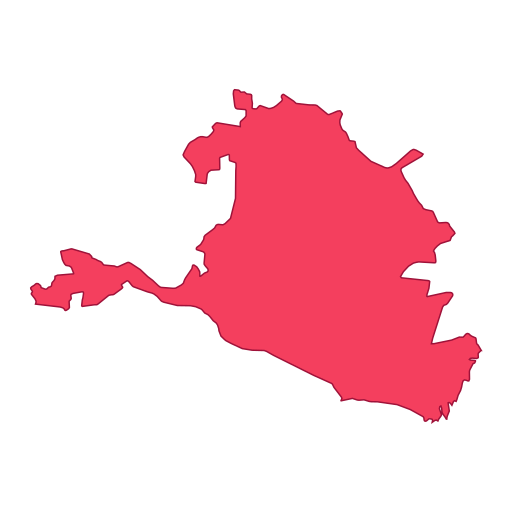 map outline of Kalmyk (Robinson projection)
{"feature_id": "RUS-2390", "entity_name": "Kalmyk", "entity_type": "Republic", "adm_level": 1, "iso_a3": "RUS", "parent_name": "Russia", "parent_adm1": "", "projection": "robinson", "projection_center": [44.737, 46.505], "detail": "fine", "context": "isolated", "style": "filled", "palette": "rose", "viewbox_px": 512, "rotation_deg": 0, "n_neighbors": 0, "source": "natural_earth", "source_scale": "10m", "svg_char_len": 6031}
<svg xmlns="http://www.w3.org/2000/svg" viewBox="0 0 512 512"><path d="M478.0,344.9L481.3,350.5L481.0,350.5L478.5,353.0L478.1,353.9L478.3,357.0L478.2,357.7L476.7,358.5L472.3,358.1L470.3,358.4L469.4,359.5L470.5,360.1L474.3,360.4L475.4,360.7L475.4,361.5L474.6,363.0L473.0,363.7L469.7,370.1L469.4,371.7L469.5,379.3L468.8,380.9L467.8,380.9L466.3,380.3L464.5,379.9L463.2,380.7L462.4,382.8L461.6,387.0L460.6,390.4L458.1,395.3L456.9,399.4L456.1,401.4L454.5,400.7L453.4,401.7L451.9,405.3L450.4,403.3L449.2,402.5L448.2,402.7L448.2,403.6L449.3,411.0L447.3,416.0L446.9,417.7L446.8,419.1L446.3,419.1L445.3,417.4L442.6,413.6L442.0,412.1L441.6,407.9L440.9,406.0L439.8,406.6L439.4,408.7L441.5,414.8L441.0,416.0L438.6,419.3L437.9,421.0L436.4,420.1L434.9,420.4L432.2,422.3L432.6,420.5L432.3,419.5L431.9,419.2L430.0,418.8L429.3,418.8L428.7,419.0L426.5,420.9L425.4,421.2L424.9,421.1L424.4,420.7L424.1,419.9L423.9,418.0L423.2,416.7L410.2,409.5L397.1,404.6L377.5,401.8L371.2,401.7L369.1,401.4L364.0,399.8L359.0,400.2L357.3,400.0L352.4,398.4L341.1,400.8L341.0,400.7L341.9,398.5L341.5,397.2L334.0,387.4L332.6,384.5L331.8,383.5L313.8,375.4L273.5,355.3L266.6,351.4L264.2,350.5L252.2,350.2L242.3,348.6L231.3,343.5L226.0,340.7L224.5,339.5L221.0,336.1L219.0,330.9L218.7,328.5L217.6,325.1L216.3,323.1L213.2,320.7L209.6,316.2L207.9,314.6L204.7,313.0L202.2,309.9L200.9,308.9L195.7,306.7L190.5,305.7L177.3,305.5L163.8,302.2L161.9,301.4L161.1,300.8L157.2,296.4L154.0,294.0L152.1,293.1L147.3,291.8L133.3,286.7L132.1,285.7L128.9,281.7L127.6,280.8L126.8,280.9L121.5,284.5L121.6,285.4L122.7,287.2L122.4,287.9L121.4,288.9L114.0,294.3L113.0,294.7L111.2,294.8L108.8,295.3L98.2,303.9L96.9,304.7L94.1,304.8L82.3,306.4L81.8,306.0L81.7,305.5L82.3,300.0L82.9,297.8L83.5,293.6L83.4,292.3L83.0,291.9L81.9,291.8L73.1,293.4L71.1,294.3L70.8,295.3L71.2,298.4L70.8,299.5L69.3,301.0L69.1,301.6L69.4,307.5L68.8,308.5L68.0,309.2L66.3,310.3L65.4,310.5L64.7,310.0L64.3,309.0L62.8,307.8L60.2,307.0L35.5,304.1L36.1,302.0L35.9,300.7L34.9,298.7L31.5,294.4L31.3,293.7L31.5,293.1L32.2,292.3L32.4,291.3L30.8,288.9L30.7,287.9L31.7,286.8L34.3,285.2L35.7,283.9L36.8,283.5L38.2,283.7L40.2,285.3L40.8,286.1L41.1,287.6L45.4,289.2L46.7,289.0L48.6,287.2L50.0,286.9L51.2,286.2L51.6,285.3L51.9,283.2L52.2,282.5L54.1,280.4L54.9,278.8L55.0,276.3L57.5,275.2L73.2,273.9L73.6,273.7L73.6,273.1L71.6,268.0L71.1,267.2L69.4,266.0L66.0,265.4L64.7,264.1L63.7,262.4L62.4,259.6L60.8,252.2L60.8,251.5L62.0,250.9L63.7,250.8L71.0,248.9L72.0,248.9L89.3,254.0L91.7,256.5L91.8,257.6L92.0,257.9L96.1,259.5L97.8,260.5L100.4,261.5L101.7,262.4L103.5,264.8L104.5,265.1L114.4,266.0L116.4,266.8L117.1,266.9L118.0,266.8L127.5,262.5L128.8,262.4L131.0,263.5L140.3,269.6L147.8,276.7L152.6,280.3L158.3,285.7L159.9,286.9L161.1,287.4L173.0,288.3L175.5,288.2L181.3,285.0L183.3,283.3L184.6,279.8L185.6,277.9L191.9,268.7L192.5,265.8L193.1,265.0L194.1,265.1L196.7,266.8L198.4,269.2L199.7,271.8L199.8,273.2L199.8,276.1L200.6,276.2L204.5,273.1L207.4,271.9L208.1,270.9L208.1,269.9L207.8,268.8L205.6,266.3L204.2,264.3L204.1,263.1L204.9,254.3L204.8,253.6L204.0,252.3L203.0,251.7L196.8,249.7L196.4,249.3L196.3,248.7L196.5,247.9L197.0,247.2L200.0,245.0L200.9,244.1L203.5,239.9L203.8,239.0L204.1,236.7L205.2,235.2L212.6,229.7L214.6,228.0L216.1,225.3L217.2,224.6L218.4,224.4L222.9,224.8L225.0,223.7L230.5,218.4L235.5,198.4L235.8,170.7L236.1,166.3L236.0,163.4L235.8,163.0L234.9,162.4L229.8,160.7L229.4,159.8L229.3,155.0L228.9,154.6L228.1,154.5L220.4,157.3L219.9,157.5L219.6,158.4L219.8,168.3L219.6,169.3L219.1,169.7L211.0,170.2L208.8,171.6L207.5,173.3L207.2,174.3L206.1,183.4L205.2,183.6L195.7,182.2L195.0,181.5L195.7,176.4L195.7,174.5L194.4,170.6L192.4,166.5L190.5,163.8L184.1,157.0L183.1,154.9L183.3,154.4L184.6,151.4L188.6,144.2L190.4,142.3L194.9,139.7L197.4,137.9L198.9,137.2L200.6,136.7L202.7,136.7L206.0,137.3L207.2,137.3L208.9,136.3L211.2,134.1L213.3,131.6L213.7,130.7L213.8,129.9L212.5,127.8L212.3,126.9L215.4,123.6L216.3,123.0L217.2,122.8L240.3,126.6L240.2,122.9L240.7,121.4L244.6,117.9L245.8,116.4L246.1,115.7L246.1,110.5L245.4,109.6L237.2,108.9L235.7,108.1L235.0,106.7L234.7,105.2L233.3,93.9L233.6,90.9L234.5,89.7L238.4,90.1L239.4,90.6L240.7,92.1L241.3,92.2L244.4,92.0L246.7,93.9L250.4,94.3L251.3,94.7L251.7,95.5L251.7,99.0L252.4,103.3L252.1,107.7L252.2,108.2L252.6,108.5L253.9,108.8L256.2,108.9L257.0,108.5L258.8,106.4L259.5,105.8L260.3,105.6L268.8,108.6L271.0,108.3L273.6,107.4L276.4,105.6L281.4,101.3L282.0,100.5L282.3,99.5L282.3,99.0L281.4,97.2L281.5,95.9L282.3,94.8L283.0,94.4L283.6,94.4L293.6,101.1L296.1,103.4L296.7,103.5L309.1,104.9L315.1,105.0L316.9,105.5L327.7,114.4L329.0,114.6L337.5,111.1L339.9,110.8L340.4,111.0L342.1,113.5L342.3,114.1L339.9,120.0L339.8,122.8L340.2,124.9L341.9,129.0L342.9,130.3L345.5,132.0L346.4,133.3L348.0,136.8L349.1,139.9L349.5,140.5L350.2,140.8L353.8,141.2L355.0,141.6L356.4,147.8L358.7,150.3L370.9,161.3L384.7,167.5L387.0,168.0L388.4,167.9L391.6,166.8L396.2,163.6L410.6,150.9L412.9,149.6L413.8,149.4L416.2,150.2L423.1,154.1L421.7,156.2L402.1,167.7L401.2,168.6L401.0,169.3L400.9,170.4L401.3,171.7L404.0,177.7L405.5,180.2L408.0,183.3L412.2,190.6L413.5,193.6L417.5,200.5L419.2,202.8L421.6,205.3L423.3,208.6L425.9,209.7L431.7,210.9L432.7,211.4L433.4,212.5L437.6,221.9L438.6,222.6L439.6,222.9L445.5,222.5L447.0,222.6L448.1,223.1L449.2,224.4L449.7,226.1L454.4,232.0L454.9,233.4L452.7,235.8L451.5,236.8L450.1,240.4L440.5,243.5L437.4,245.9L435.1,248.3L434.2,249.6L433.5,251.1L434.5,252.5L435.2,255.0L435.8,260.5L435.8,261.7L435.5,262.6L434.4,262.8L418.8,261.9L416.4,262.3L413.4,263.1L408.5,266.2L403.4,271.7L400.5,276.6L401.4,277.8L428.2,280.6L429.3,281.0L429.7,281.5L428.9,288.3L426.9,294.8L426.9,296.4L427.2,296.6L446.1,292.5L450.4,292.5L451.7,292.8L452.6,293.8L452.8,294.8L452.6,295.8L447.8,303.0L446.4,304.4L443.8,305.3L442.6,307.0L432.7,338.1L431.4,343.7L434.0,343.7L451.6,340.1L459.3,337.1L463.0,337.2L464.0,336.3L465.7,334.3L466.9,333.6L467.7,333.5L468.9,333.9L470.4,335.3L471.7,336.2L475.6,337.9L476.0,338.8L476.6,343.4L477.2,344.3L478.0,344.9Z" fill="#f43f5e" stroke="#9f1239" stroke-width="1.5"/></svg>